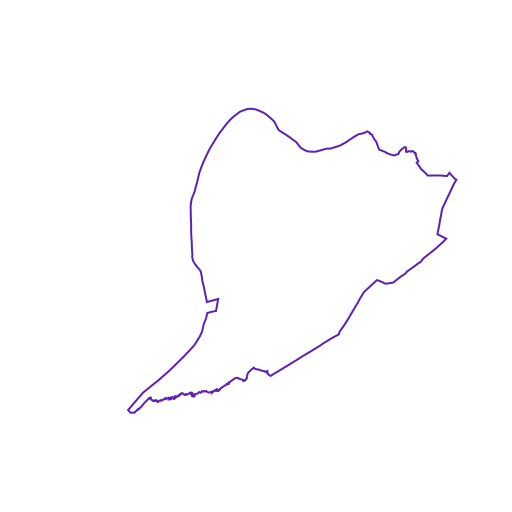 Tabores pag., Daugavpils, Latvia, rotated 317°
{"feature_id": "27541924B89524282824071", "entity_name": "Tabores pag.", "entity_type": "district", "adm_level": 2, "iso_a3": "LVA", "parent_name": "Latvia", "parent_adm1": "Daugavpils", "projection": "equal_earth", "projection_center": [26.623, 55.872], "detail": "fine", "context": "isolated", "style": "outline", "palette": "violet", "viewbox_px": 512, "rotation_deg": 317, "n_neighbors": 0, "source": "geoboundaries", "source_scale": "gbopen_adm2", "svg_char_len": 5800}
<svg xmlns="http://www.w3.org/2000/svg" viewBox="0 0 512 512"><g transform="rotate(317 256 256)"><path d="M184.9,353.6L205.4,357.9L218.3,360.5L218.4,360.4L238.0,364.5L242.5,365.4L244.2,365.5L254.8,367.6L263.1,369.8L265.1,368.6L268.0,367.8L273.2,366.8L278.7,365.4L289.9,362.1L295.8,360.3L298.7,359.6L300.9,358.8L302.5,358.2L306.3,357.2L307.3,356.8L310.5,356.0L327.9,356.1L328.9,357.6L331.0,362.5L331.6,364.3L332.2,364.9L338.2,369.0L347.8,369.8L352.7,370.7L356.4,370.4L365.3,371.6L367.9,371.8L371.1,372.2L371.8,372.7L376.8,371.9L391.7,373.1L402.3,373.3L406.9,373.1L403.5,363.9L408.0,360.6L410.7,358.7L415.4,355.0L418.6,352.8L422.4,349.9L425.0,348.2L450.3,338.1L454.6,336.9L454.1,335.2L454.1,327.1L450.2,327.8L445.5,322.6L436.5,314.3L436.4,308.6L436.0,305.4L437.2,297.3L439.4,297.3L440.1,294.3L441.1,292.5L441.8,290.7L441.9,290.8L442.1,290.8L442.7,290.2L442.8,289.2L442.5,288.8L442.4,288.8L442.3,288.7L442.3,288.3L442.5,288.2L442.2,286.4L442.0,286.0L441.7,285.7L441.4,285.7L441.2,285.5L440.4,285.3L439.7,284.3L439.7,283.9L439.2,283.7L438.2,283.0L437.1,282.7L436.8,282.1L437.0,281.8L439.1,279.8L439.7,278.6L439.1,278.0L438.5,277.7L437.6,277.5L435.9,277.4L435.4,277.5L434.3,277.3L432.1,277.5L431.1,277.8L430.0,278.5L429.7,278.5L425.5,276.6L423.2,272.8L422.0,270.1L421.6,269.1L421.6,268.5L418.6,262.1L421.8,254.6L422.1,251.7L423.1,247.4L423.7,246.5L422.6,244.1L423.1,243.6L423.1,242.8L422.4,240.8L419.9,240.1L417.0,238.8L414.1,236.9L409.5,235.8L399.4,234.2L393.0,232.6L387.5,230.1L383.7,228.2L381.2,225.9L378.9,224.6L375.8,223.1L370.3,220.1L367.8,217.6L365.3,215.0L364.0,212.4L362.6,207.8L362.6,205.1L362.9,202.9L363.1,199.9L362.3,196.3L361.9,193.5L361.3,190.5L359.3,182.8L358.6,179.4L359.0,177.2L360.0,173.7L361.0,170.2L360.9,166.9L360.1,160.0L359.3,156.5L356.8,150.7L355.4,148.0L352.8,145.0L350.2,142.7L342.9,139.6L335.1,138.8L331.6,138.7L325.1,139.2L313.1,141.2L307.9,142.5L294.7,146.2L288.8,148.5L282.1,151.2L277.7,153.2L272.0,156.1L267.8,158.8L263.1,162.0L258.4,164.8L255.2,167.0L248.5,170.1L245.2,172.3L241.6,175.6L234.6,183.4L230.2,188.6L226.2,192.8L222.0,197.6L218.1,202.5L214.1,207.0L210.5,211.5L208.3,213.6L206.7,216.7L206.0,219.8L205.5,223.7L205.5,226.5L205.1,229.4L203.5,232.3L199.2,238.6L197.3,242.2L190.9,252.6L188.7,256.2L199.0,261.6L189.4,268.9L184.3,265.9L181.5,264.5L176.7,267.7L171.4,270.1L165.1,274.5L159.8,276.6L150.0,279.2L134.7,280.3L115.0,280.8L99.5,280.3L80.3,278.9L57.4,281.4L57.4,285.1L60.0,287.3L60.2,287.7L60.4,287.7L65.6,287.5L65.5,288.1L69.0,288.0L73.5,287.4L78.8,287.2L79.1,287.1L79.9,287.0L80.7,287.0L80.6,287.3L81.1,287.4L81.3,287.3L81.7,287.4L81.7,287.6L81.9,287.8L82.4,287.8L82.5,287.9L81.2,289.0L81.8,290.5L81.7,290.8L81.8,291.4L81.8,291.6L82.4,292.0L82.2,292.2L82.3,292.3L82.7,292.4L83.1,292.7L83.1,292.8L83.9,292.6L84.2,293.1L84.7,293.5L84.9,294.0L84.5,294.2L84.5,294.3L84.3,294.5L85.0,295.3L84.9,295.7L84.8,295.8L85.9,296.1L86.7,296.0L87.3,296.4L87.7,296.3L88.2,296.6L88.2,296.8L88.0,297.0L88.1,297.3L88.8,297.2L89.2,297.4L89.3,297.6L89.7,297.6L90.0,297.8L90.4,297.7L90.5,297.8L91.2,298.1L91.4,298.3L92.0,298.1L92.1,298.6L92.4,298.6L92.9,298.5L92.9,298.9L93.3,298.8L93.4,299.4L93.9,299.6L94.1,300.0L94.5,300.3L95.1,300.2L95.1,299.8L95.3,299.8L95.6,300.2L95.4,300.4L95.6,300.5L95.4,300.9L96.1,301.5L95.1,301.8L95.5,302.0L96.3,302.1L96.5,302.4L96.2,302.8L96.4,302.9L96.6,302.9L97.1,302.3L97.2,302.1L97.3,301.5L97.5,301.4L97.7,301.5L98.0,301.9L97.8,302.1L98.5,302.3L98.3,302.5L98.4,303.0L98.6,303.3L98.7,303.7L98.6,304.4L98.6,304.7L98.8,304.9L99.7,304.7L100.0,304.4L100.4,303.8L100.9,303.4L101.2,303.3L101.7,304.2L101.7,304.4L101.3,304.8L101.5,305.1L102.1,304.8L102.7,305.1L103.4,304.8L103.7,305.0L103.7,305.5L103.8,305.6L104.4,305.5L104.7,305.8L105.0,305.6L105.2,305.3L105.3,305.2L106.0,305.2L106.1,305.4L106.1,305.8L106.3,305.9L106.7,305.8L107.0,305.5L107.8,305.5L108.0,305.6L108.1,306.1L108.5,306.1L108.8,306.6L108.9,308.7L109.0,309.0L109.8,309.5L110.0,309.1L110.4,309.0L110.6,309.2L110.7,309.9L110.9,310.3L111.3,310.5L113.1,310.8L114.9,311.2L115.1,311.4L114.9,311.9L115.0,312.0L115.5,312.0L115.8,312.1L115.9,312.5L115.5,312.9L115.9,313.1L115.9,313.4L115.8,313.8L115.4,314.0L114.8,313.9L114.2,313.5L114.2,313.8L114.4,314.5L113.8,314.8L113.7,314.9L114.0,315.5L114.9,315.7L115.1,315.9L114.8,316.3L114.8,316.5L115.5,316.5L116.0,316.2L116.0,315.9L115.3,315.9L115.4,315.7L115.6,315.7L115.7,315.2L116.0,315.2L116.2,315.5L117.0,315.4L117.1,315.5L116.8,315.7L118.0,315.9L120.0,317.0L121.4,316.7L121.9,317.0L122.2,318.0L122.4,318.3L122.6,318.4L123.8,318.4L124.2,318.2L124.2,318.5L125.1,318.9L125.1,319.2L125.3,319.4L125.7,319.4L125.8,319.7L126.1,320.1L126.3,319.9L126.8,320.4L127.5,320.6L127.6,321.3L127.6,322.0L127.8,322.6L128.3,323.5L129.0,324.1L131.2,325.1L131.5,325.5L131.1,325.8L132.5,325.7L132.5,325.8L132.0,326.1L134.5,326.3L135.0,326.4L134.6,326.6L135.8,326.6L136.6,327.1L136.2,327.9L136.1,328.0L135.9,328.0L135.5,327.6L135.3,327.6L135.1,327.7L136.3,328.8L136.7,328.5L137.1,328.6L136.9,329.0L137.0,329.0L138.2,329.0L138.8,329.2L139.1,329.0L139.1,328.7L139.9,328.7L141.9,328.9L143.2,329.3L144.0,329.3L145.4,329.7L146.1,329.6L146.5,329.8L147.0,329.5L147.4,329.6L148.0,330.1L147.8,330.5L148.6,331.0L149.0,330.9L149.2,330.3L149.4,330.1L149.9,329.8L150.5,330.3L150.9,330.4L152.5,330.4L156.4,331.0L157.7,331.3L158.6,331.8L159.6,332.8L159.9,333.5L159.9,334.2L160.3,335.1L160.6,335.6L161.3,336.3L161.5,336.7L161.8,337.8L162.2,338.5L161.7,338.9L161.9,339.0L162.0,339.1L162.3,339.2L162.8,339.5L163.1,339.6L164.0,339.2L164.3,339.2L164.5,339.5L165.0,339.4L165.5,339.3L166.3,338.9L167.2,337.8L168.2,337.3L168.9,336.8L170.8,336.0L175.1,335.9L178.3,336.2L178.1,337.1L178.9,338.8L180.6,341.2L180.8,341.3L182.0,343.8L183.8,346.3L183.8,347.3L185.7,347.9L184.6,348.8L184.4,349.8L184.6,350.0L184.3,350.3L184.2,350.8L184.9,353.6Z" fill="none" stroke="#5b21b6" stroke-width="2"/></g></svg>